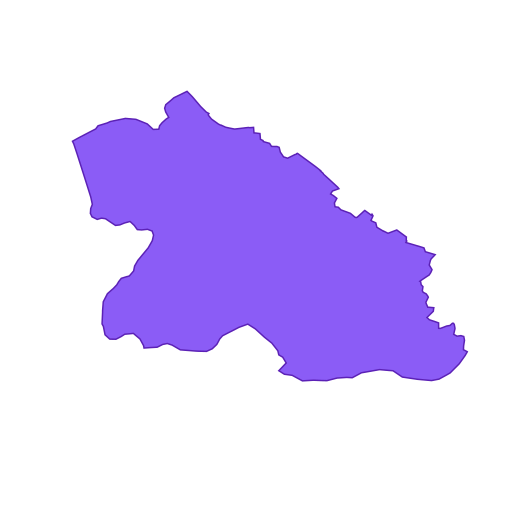 Sanoyeah, Bong, Liberia (Equal Earth projection), rotated 70°
{"feature_id": "62588387B99544432637290", "entity_name": "Sanoyeah", "entity_type": "district", "adm_level": 2, "iso_a3": "LBR", "parent_name": "Liberia", "parent_adm1": "Bong", "projection": "equal_earth", "projection_center": [-9.896, 7.035], "detail": "fine", "context": "isolated", "style": "filled", "palette": "violet", "viewbox_px": 512, "rotation_deg": 70, "n_neighbors": 0, "source": "geoboundaries", "source_scale": "gbopen_adm2", "svg_char_len": 3943}
<svg xmlns="http://www.w3.org/2000/svg" viewBox="0 0 512 512"><g transform="rotate(70 256 256)"><path d="M85.4,389.2L88.3,388.9L98.8,389.2L123.6,390.2L128.1,390.4L128.3,390.4L144.0,391.1L151.4,392.1L151.8,392.4L154.9,395.1L159.4,397.1L159.8,397.0L163.1,396.7L166.1,393.8L167.3,392.7L167.5,389.3L167.6,388.3L168.2,387.1L169.5,384.7L175.0,380.7L179.2,377.6L180.2,373.3L180.0,368.3L180.5,362.6L181.5,362.0L185.7,359.9L189.3,358.9L190.6,358.5L192.4,354.5L193.8,348.8L197.1,345.0L197.3,345.1L199.2,345.1L201.3,345.1L206.0,348.1L206.9,349.1L211.5,354.5L219.7,368.5L223.9,373.5L228.2,376.1L231.4,381.8L231.3,384.1L231.2,384.3L230.9,390.2L233.2,393.9L234.1,394.9L234.3,395.3L235.4,396.5L237.9,401.5L238.0,401.7L238.0,401.9L240.6,408.5L246.8,415.2L249.5,416.4L255.0,418.9L256.4,419.4L267.2,423.9L270.0,423.5L278.4,424.8L283.8,422.0L284.1,421.8L286.3,416.1L285.6,410.4L285.1,408.2L284.6,406.1L286.2,400.1L286.8,397.7L294.3,393.4L301.7,392.3L304.2,392.7L305.9,386.7L306.3,385.4L307.9,380.0L307.2,373.9L307.9,369.3L308.2,368.9L311.1,365.2L311.5,364.9L318.3,359.2L321.8,351.5L323.4,348.0L324.5,345.6L325.7,342.8L328.7,335.1L328.2,328.8L325.7,323.1L323.4,320.5L321.5,318.4L320.6,316.7L319.5,314.7L317.2,296.4L317.2,295.0L317.2,287.0L324.2,281.6L335.1,275.9L343.3,270.9L352.5,267.9L356.7,268.4L360.2,265.5L366.9,264.2L367.3,265.1L371.6,273.8L372.1,273.4L376.8,269.8L380.5,262.8L389.2,255.1L392.4,244.4L395.4,237.1L397.4,232.0L398.4,221.6L401.1,212.3L403.3,207.2L402.3,200.2L401.8,196.9L403.1,189.6L405.0,178.8L409.1,170.0L410.7,166.5L419.8,159.9L427.1,146.4L433.1,133.6L434.3,126.0L434.2,125.6L433.1,118.4L432.3,113.6L426.8,101.9L421.1,93.6L418.6,90.6L418.2,90.2L416.0,92.2L415.0,93.1L414.7,93.0L414.3,92.8L411.6,91.7L409.2,90.4L407.6,89.5L406.5,88.9L402.7,88.3L400.9,90.7L400.1,94.5L397.2,97.0L395.8,96.1L392.4,93.9L391.2,93.6L388.2,93.1L386.8,93.4L386.4,94.3L386.4,94.5L387.6,97.4L387.0,100.8L387.1,105.2L387.1,107.5L386.4,109.1L381.3,107.3L378.5,110.7L377.2,112.4L375.2,114.9L372.3,116.4L371.8,115.4L368.6,108.3L366.1,107.0L365.4,106.6L363.6,110.4L362.9,112.1L362.4,112.1L359.5,112.3L358.3,112.3L357.5,112.1L353.7,108.2L353.2,108.2L352.4,108.3L349.8,109.0L347.3,111.3L345.6,111.6L345.4,111.5L343.2,110.3L341.9,109.6L339.5,110.6L336.6,110.1L335.8,110.7L335.3,109.0L335.2,108.6L333.5,101.7L333.1,99.8L331.3,97.4L329.1,95.3L328.8,95.3L323.7,96.3L319.9,93.7L319.2,93.0L318.6,92.4L316.5,88.1L316.0,87.2L315.7,87.6L309.9,95.4L305.8,95.4L305.3,96.1L304.5,97.1L298.2,105.6L294.6,110.5L293.5,109.2L293.1,109.6L290.0,108.4L289.6,108.2L286.0,110.6L279.7,114.8L279.8,124.2L276.1,127.7L276.2,127.9L274.9,128.9L270.3,132.6L265.8,132.1L263.0,135.0L261.9,135.8L258.3,132.3L256.4,132.7L257.2,133.6L250.4,138.2L250.9,139.7L251.5,141.0L254.2,147.7L254.2,147.8L254.1,148.8L253.3,149.8L250.8,151.2L248.2,152.7L241.7,160.4L238.3,162.0L238.2,162.2L236.8,164.9L234.0,164.4L233.8,164.3L233.0,164.2L229.5,160.3L225.9,162.5L225.0,163.2L223.2,164.7L221.1,161.9L221.1,160.7L221.1,155.1L219.5,155.6L209.6,160.7L202.4,164.5L201.2,164.7L198.0,166.4L197.9,166.1L193.3,168.9L192.2,169.6L174.2,181.6L173.7,182.0L173.7,182.7L174.1,183.3L174.0,184.9L174.3,187.4L174.9,192.9L172.8,195.5L172.3,196.2L166.7,197.6L161.8,197.1L160.3,198.8L159.9,199.9L159.8,200.2L158.3,204.0L157.6,204.1L154.8,204.7L151.0,210.0L149.9,209.9L147.9,211.9L142.3,210.4L140.6,213.7L139.6,215.8L136.4,214.9L134.3,214.3L133.7,216.5L133.2,218.2L132.6,219.3L130.5,228.1L129.4,232.7L126.7,237.2L124.6,240.5L121.2,243.9L121.3,244.1L119.2,246.2L118.7,246.5L112.1,251.0L107.8,252.5L106.9,252.6L106.0,251.5L105.0,252.4L103.8,253.5L102.7,254.0L96.6,256.9L86.6,260.6L84.5,261.4L77.7,264.5L79.2,279.0L81.2,284.2L82.9,289.0L85.9,291.3L89.7,291.6L95.9,290.6L96.6,293.6L98.6,298.6L100.6,302.0L103.6,304.0L101.9,309.3L94.7,313.0L89.1,319.2L86.5,322.1L82.0,331.8L81.9,332.9L81.8,333.5L79.8,346.8L80.1,350.2L79.6,359.9L81.8,363.2L82.6,369.6L84.1,380.9L84.3,382.3L85.4,389.2Z" fill="#8b5cf6" stroke="#5b21b6" stroke-width="1.5"/></g></svg>